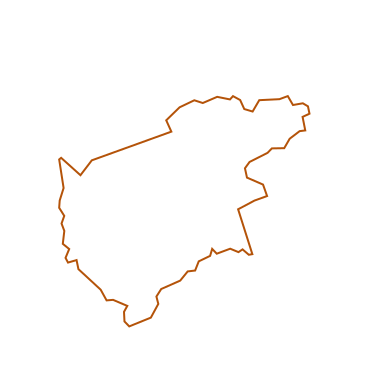 outline of Floyd, Kentucky, United States of America, rotated 242°
{"feature_id": "52423323B75655916950400", "entity_name": "Floyd", "entity_type": "district", "adm_level": 2, "iso_a3": "USA", "parent_name": "United States of America", "parent_adm1": "Kentucky", "projection": "albers", "projection_center": [-82.761, 37.521], "detail": "fine", "context": "isolated", "style": "outline", "palette": "amber", "viewbox_px": 384, "rotation_deg": 242, "n_neighbors": 0, "source": "geoboundaries", "source_scale": "gbopen_adm2", "svg_char_len": 1007}
<svg xmlns="http://www.w3.org/2000/svg" viewBox="0 0 384 384"><g transform="rotate(242 192 192)"><path d="M246.6,71.2L240.4,67.3L230.9,68.0L225.4,62.0L217.6,61.0L206.9,53.6L199.3,56.8L193.2,49.4L187.9,49.4L186.1,58.1L177.2,55.5L148.6,65.5L136.4,65.7L133.8,71.7L121.8,81.4L118.1,75.7L109.4,71.6L102.8,73.5L100.4,96.7L109.0,109.7L116.4,111.5L120.8,119.3L119.3,140.0L123.9,150.9L121.2,157.9L127.6,165.4L127.1,178.0L132.3,183.1L125.9,184.9L124.0,199.1L117.1,204.8L117.6,209.7L109.9,212.7L108.8,216.1L155.1,224.6L155.1,243.1L153.2,256.4L165.2,258.2L178.9,247.3L188.1,249.9L191.5,256.9L191.1,277.1L193.0,283.0L187.4,294.0L193.2,303.3L195.2,315.6L193.2,320.9L206.4,324.9L206.0,332.5L213.2,334.6L218.3,331.5L221.4,322.0L231.7,321.6L232.9,312.8L241.5,294.5L234.6,283.3L240.7,277.1L250.6,277.7L257.4,273.2L255.9,269.0L264.2,258.9L265.5,243.3L271.9,237.1L272.6,220.8L267.4,202.9L255.0,202.1L267.0,118.4L259.2,101.4L283.6,92.5L283.1,90.0L255.8,80.5L246.6,71.2Z" fill="none" stroke="#b45309" stroke-width="2"/></g></svg>